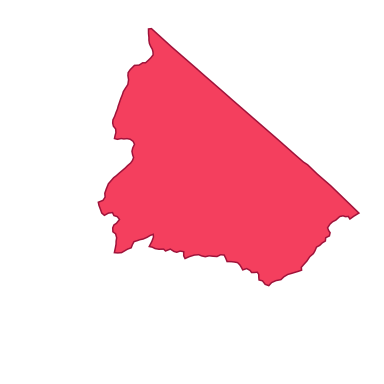 Lajinha, Minas Gerais, Brazil (Equal Earth projection), rotated 221°
{"feature_id": "56859067B94154518020811", "entity_name": "Lajinha", "entity_type": "district", "adm_level": 2, "iso_a3": "BRA", "parent_name": "Brazil", "parent_adm1": "Minas Gerais", "projection": "equal_earth", "projection_center": [-41.582, -20.12], "detail": "fine", "context": "isolated", "style": "filled", "palette": "rose", "viewbox_px": 384, "rotation_deg": 221, "n_neighbors": 0, "source": "geoboundaries", "source_scale": "gbopen_adm2", "svg_char_len": 2426}
<svg xmlns="http://www.w3.org/2000/svg" viewBox="0 0 384 384"><g transform="rotate(221 192 192)"><path d="M72.6,171.7L72.5,175.9L70.5,180.2L67.4,184.2L67.0,188.4L65.6,192.7L63.6,195.7L61.6,198.9L59.7,201.9L58.0,204.9L60.1,206.9L60.1,210.3L60.0,215.2L60.7,220.5L60.0,225.1L60.6,228.2L61.9,232.1L60.6,235.5L60.3,239.1L59.2,242.5L61.1,245.2L59.5,249.0L61.1,251.9L63.4,252.5L66.2,253.9L66.8,258.4L66.4,261.7L65.0,265.2L64.4,270.4L62.4,273.1L60.1,274.0L58.0,276.1L55.1,275.2L54.0,279.9L52.2,285.6L91.3,287.7L109.3,287.7L122.6,288.4L127.6,287.7L137.1,287.7L139.5,287.7L161.2,287.9L175.4,287.9L180.1,287.9L196.1,287.9L221.2,287.9L233.0,288.0L258.8,288.0L273.1,288.1L277.8,288.1L282.3,288.1L300.1,288.1L303.2,288.1L329.8,288.7L331.8,286.5L328.7,283.0L325.9,280.4L324.1,278.3L321.5,276.1L318.5,274.7L315.6,273.7L313.3,272.1L311.3,270.0L311.1,266.0L311.4,262.4L311.8,259.1L314.0,257.1L315.2,253.0L318.5,249.8L318.9,244.0L318.5,240.2L316.7,237.8L313.5,235.1L310.9,231.0L310.3,226.5L309.7,222.8L308.4,219.8L307.0,215.7L305.2,211.3L304.0,208.3L302.7,205.7L301.4,201.9L300.0,198.4L299.0,194.6L297.1,192.0L294.5,190.1L291.0,189.5L288.4,186.9L287.1,184.2L285.6,181.5L282.9,182.8L280.5,185.9L278.3,187.3L276.0,189.7L273.2,191.3L269.7,191.6L266.7,190.3L265.6,186.3L264.0,183.3L261.3,181.2L258.7,179.7L257.6,176.7L257.3,173.6L257.9,169.7L258.1,166.5L258.7,162.5L259.3,158.7L259.8,154.7L260.5,151.4L260.5,147.6L260.5,143.4L258.7,138.1L257.0,133.9L254.2,131.1L253.7,127.3L256.0,122.8L253.5,120.9L250.0,119.0L246.3,116.9L242.8,116.9L241.2,121.3L238.5,124.3L235.5,123.0L232.2,124.4L228.7,123.7L228.5,118.8L229.3,115.9L228.3,112.9L225.6,110.1L222.2,110.3L218.8,108.0L217.0,105.1L215.1,102.8L213.1,99.4L210.8,95.3L208.1,97.3L205.4,100.0L204.4,102.9L203.2,106.5L201.3,110.0L202.5,113.3L203.2,116.5L201.5,119.2L200.0,121.9L198.0,124.5L196.2,128.3L195.0,131.9L193.5,134.6L191.5,132.7L189.9,128.5L188.5,122.8L185.8,124.3L182.7,125.1L179.4,127.1L175.9,130.3L173.3,130.1L170.9,134.7L166.6,135.3L164.0,136.5L162.2,139.6L159.1,141.5L156.4,138.4L153.6,137.2L151.6,141.5L148.9,145.9L145.8,149.1L142.8,150.1L139.5,151.9L137.2,155.1L134.0,157.3L130.8,159.7L129.2,163.5L126.4,165.5L123.2,164.2L119.9,162.5L116.8,165.1L114.2,166.9L111.3,168.6L108.2,168.4L105.2,167.5L102.6,166.5L100.5,170.1L96.7,170.9L94.2,170.3L92.2,172.1L90.1,174.3L87.6,173.6L85.7,171.5L83.7,169.6L80.5,171.2L76.2,170.3L72.6,171.7Z" fill="#f43f5e" stroke="#9f1239" stroke-width="1.5"/></g></svg>